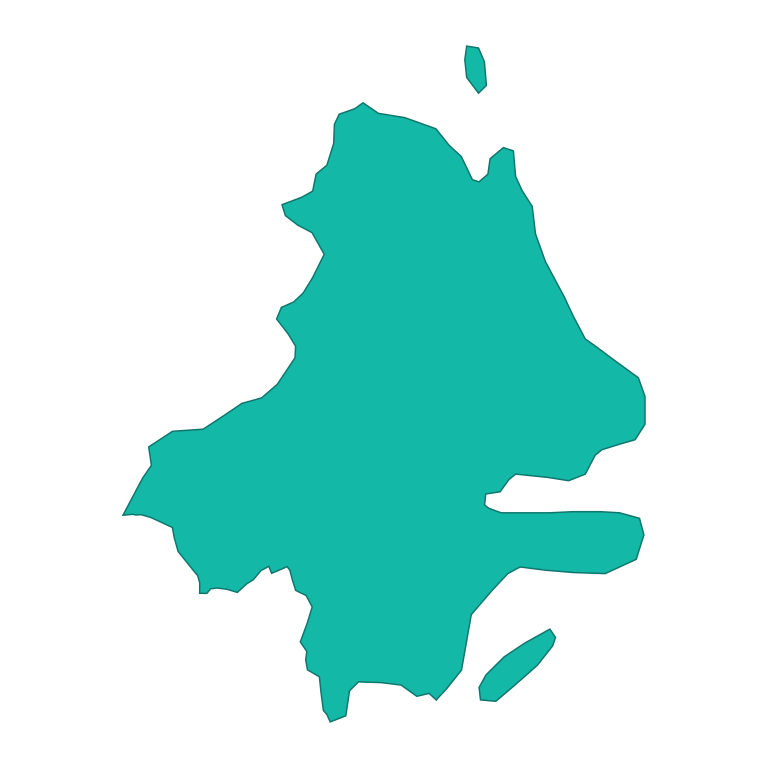 Norrtälje, Stockholm, Sweden
{"feature_id": "70781695B82449789410879", "entity_name": "Norrtälje", "entity_type": "district", "adm_level": 2, "iso_a3": "SWE", "parent_name": "Sweden", "parent_adm1": "Stockholm", "projection": "mercator", "projection_center": [18.596, 59.894], "detail": "fine", "context": "isolated", "style": "filled", "palette": "teal", "viewbox_px": 768, "rotation_deg": 0, "n_neighbors": 0, "source": "geoboundaries", "source_scale": "gbopen_adm2", "svg_char_len": 2046}
<svg xmlns="http://www.w3.org/2000/svg" viewBox="0 0 768 768"><path d="M283.6,204.1L282.0,204.7L285.4,215.6L297.7,225.1L312.0,232.6L324.2,254.3L312.7,277.5L303.1,293.1L293.6,302.0L281.4,307.4L276.6,319.0L288.2,334.0L295.6,346.2L295.0,357.8L277.3,384.3L261.6,397.9L241.9,403.4L220.8,417.6L203.1,429.2L172.5,431.3L148.7,446.9L151.4,465.3L142.6,478.2L139.0,484.9L123.0,515.2L133.0,514.3L135.6,515.0L141.2,514.7L150.6,517.4L172.4,527.5L174.2,537.4L178.1,551.5L196.8,574.7L197.4,574.7L197.5,575.0L199.7,582.8L199.7,593.3L206.9,593.4L210.6,588.8L217.3,588.0L227.1,589.3L237.3,592.4L246.8,583.8L253.4,579.6L261.1,570.5L268.8,566.3L271.6,573.3L277.4,570.9L287.2,566.6L289.9,570.4L292.3,579.6L295.7,590.4L306.1,595.5L312.2,606.9L307.2,623.3L300.3,641.9L306.8,651.4L305.7,659.9L307.5,669.9L319.4,676.8L321.1,693.2L323.3,709.8L323.5,710.7L326.9,714.5L330.2,721.9L345.8,715.8L349.5,690.8L358.5,681.9L381.3,682.6L401.2,685.1L416.8,696.3L429.1,693.4L435.0,698.8L436.9,700.6L436.2,699.9L446.4,689.0L461.5,670.1L471.3,614.6L491.2,591.4L507.8,573.6L520.0,567.0L546.6,570.3L573.1,572.5L605.2,573.6L636.2,559.3L643.9,534.9L639.5,518.3L619.6,512.8L600.8,511.7L572.0,511.7L549.9,512.8L523.3,512.8L501.2,512.8L489.0,508.4L484.6,505.0L485.7,494.0L500.1,491.8L508.9,479.6L515.6,474.1L547.7,477.4L568.7,480.7L585.3,474.1L595.2,455.2L601.9,449.7L619.6,444.2L635.1,439.7L645.0,424.3L645.0,396.6L638.4,377.8L614.1,360.1L596.3,346.8L585.3,339.0L573.1,315.8L564.3,297.0L545.4,261.6L535.5,233.9L532.2,206.3L522.2,190.8L515.6,176.4L513.4,150.9L503.4,147.6L490.1,158.7L487.9,174.2L479.0,181.9L472.4,179.7L461.3,156.5L449.2,145.4L435.9,128.8L404.9,117.7L378.3,113.3L363.0,102.8L354.8,108.7L339.2,114.2L334.4,124.4L333.7,143.4L326.9,165.2L316.1,174.1L312.7,191.1L301.8,197.2L283.6,204.1ZM549.9,629.1L524.9,643.0L504.1,656.9L486.0,674.9L479.1,687.4L480.5,699.9L495.8,701.3L513.8,686.0L537.4,665.2L552.7,645.8L555.5,637.4L549.9,629.1ZM466.7,46.1L464.8,59.8L466.7,77.5L478.5,93.2L486.4,85.4L484.4,61.8L478.5,48.0L466.7,46.1Z" fill="#14b8a6" stroke="#0f766e" stroke-width="1.5"/></svg>